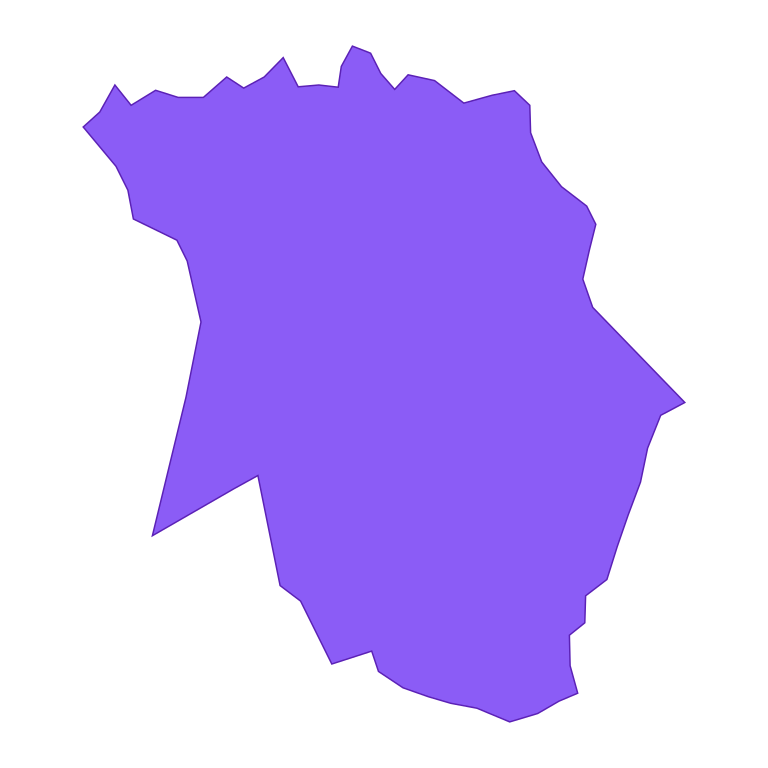 outline of Tigrinhos, Santa Catarina, Brazil
{"feature_id": "56859067B32448575556431", "entity_name": "Tigrinhos", "entity_type": "district", "adm_level": 2, "iso_a3": "BRA", "parent_name": "Brazil", "parent_adm1": "Santa Catarina", "projection": "mercator", "projection_center": [-53.157, -26.678], "detail": "fine", "context": "isolated", "style": "filled", "palette": "violet", "viewbox_px": 768, "rotation_deg": 0, "n_neighbors": 0, "source": "geoboundaries", "source_scale": "gbopen_adm2", "svg_char_len": 937}
<svg xmlns="http://www.w3.org/2000/svg" viewBox="0 0 768 768"><path d="M529.8,105.3L514.4,90.7L492.3,95.2L463.8,103.1L434.6,80.6L408.1,74.8L394.7,89.4L380.8,73.5L370.6,53.2L352.4,46.1L341.3,66.4L338.2,87.2L318.8,85.0L298.2,86.8L283.2,57.6L264.2,77.0L243.7,88.1L226.7,77.0L203.4,97.4L178.1,97.4L155.6,90.3L131.1,105.3L114.9,85.0L99.8,112.0L83.2,127.0L99.8,146.9L116.0,166.3L127.9,190.2L133.4,219.0L176.9,240.2L187.2,261.0L201.0,322.0L186.0,397.2L152.4,535.7L233.8,488.8L257.9,475.5L280.1,585.6L300.6,601.1L331.8,664.0L371.7,651.1L378.5,671.5L403.0,687.8L428.3,696.7L450.8,703.3L476.9,708.2L509.7,721.9L537.7,713.5L559.1,701.1L577.7,693.2L570.1,665.7L569.4,635.2L584.8,622.8L585.6,595.8L606.9,579.5L617.2,546.7L628.2,514.9L640.5,482.1L647.6,448.1L660.7,415.3L684.8,402.5L592.7,307.4L582.8,279.1L589.5,249.5L595.8,224.3L586.7,206.1L561.5,186.7L541.7,161.9L530.6,132.7L529.8,105.3Z" fill="#8b5cf6" stroke="#5b21b6" stroke-width="1.5"/></svg>